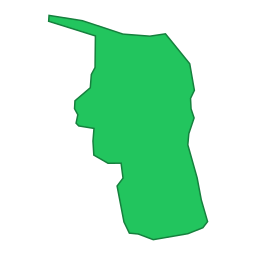 the district of Bouza, Tahoua, Niger, rotated 271°
{"feature_id": "23599985B24942158565256", "entity_name": "Bouza", "entity_type": "district", "adm_level": 2, "iso_a3": "NER", "parent_name": "Niger", "parent_adm1": "Tahoua", "projection": "mercator", "projection_center": [6.113, 14.511], "detail": "fine", "context": "isolated", "style": "filled", "palette": "green", "viewbox_px": 256, "rotation_deg": 271, "n_neighbors": 0, "source": "geoboundaries", "source_scale": "gbopen_adm2", "svg_char_len": 622}
<svg xmlns="http://www.w3.org/2000/svg" viewBox="0 0 256 256"><g transform="rotate(271 128 128)"><path d="M23.4,189.8L29.6,204.6L35.8,209.2L57.5,202.5L79.3,198.0L112.2,188.1L123.4,188.9L139.2,193.9L148.3,190.7L158.7,190.0L166.8,193.7L193.3,188.6L215.2,170.2L222.8,163.8L220.2,148.3L221.8,121.3L234.5,80.5L239.2,47.1L233.3,46.8L219.5,93.8L187.9,94.0L180.9,90.4L167.6,89.6L154.3,74.5L146.4,74.2L140.4,77.6L131.9,76.0L129.2,78.7L127.0,94.0L114.3,93.2L100.3,94.3L92.4,108.6L92.7,121.7L77.8,123.9L69.8,118.1L34.0,125.6L22.9,131.2L22.2,140.0L16.8,155.2L23.4,189.8Z" fill="#22c55e" stroke="#15803d" stroke-width="1.5"/></g></svg>